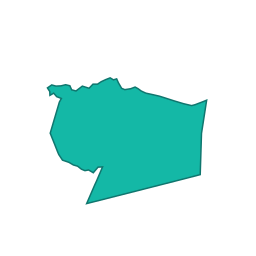 Nazaré da Mata, Pernambuco, Brazil (Robinson projection), rotated 232°
{"feature_id": "56859067B75061045492706", "entity_name": "Nazaré da Mata", "entity_type": "district", "adm_level": 2, "iso_a3": "BRA", "parent_name": "Brazil", "parent_adm1": "Pernambuco", "projection": "robinson", "projection_center": [-35.207, -7.742], "detail": "fine", "context": "isolated", "style": "filled", "palette": "teal", "viewbox_px": 256, "rotation_deg": 232, "n_neighbors": 0, "source": "geoboundaries", "source_scale": "gbopen_adm2", "svg_char_len": 894}
<svg xmlns="http://www.w3.org/2000/svg" viewBox="0 0 256 256"><g transform="rotate(232 128 128)"><path d="M93.9,48.9L69.5,104.3L54.0,139.6L46.8,156.2L78.5,182.6L101.5,207.1L102.6,203.2L105.1,195.1L106.5,191.9L109.0,189.9L113.0,186.7L120.9,181.1L129.9,175.0L133.8,172.3L139.1,168.0L144.5,163.5L149.0,161.2L152.9,160.1L155.9,158.8L157.3,154.3L160.2,149.1L163.2,147.4L169.6,148.3L173.7,149.3L174.9,146.2L178.5,144.8L179.9,140.1L181.0,135.3L181.3,131.0L184.1,127.4L183.3,121.8L189.1,117.8L189.2,109.8L192.8,107.1L197.1,108.2L200.5,105.5L202.5,101.1L205.4,97.0L208.9,94.4L209.2,89.2L204.9,88.8L201.8,86.6L201.2,90.9L196.6,91.1L192.3,93.7L190.7,89.9L171.8,63.5L161.8,60.6L152.7,57.9L149.7,57.1L143.0,56.6L137.3,60.3L132.5,62.2L128.9,64.8L124.3,65.9L120.9,67.8L119.2,71.1L114.1,73.1L115.6,80.3L113.0,84.0L105.6,70.6L103.6,66.7L93.9,48.9Z" fill="#14b8a6" stroke="#0f766e" stroke-width="1.5"/></g></svg>